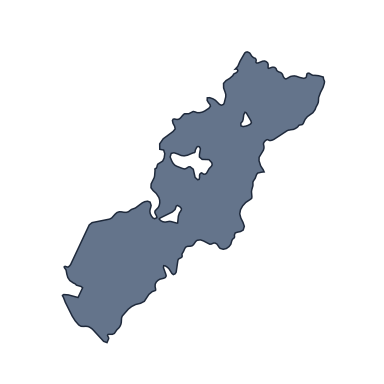 outline of Batken, rotated 315°
{"feature_id": "KGZ-1119", "entity_name": "Batken", "entity_type": "Region", "adm_level": 1, "iso_a3": "KGZ", "parent_name": "Kyrgyzstan", "parent_adm1": "", "projection": "equal_earth", "projection_center": [71.05, 39.853], "detail": "fine", "context": "isolated", "style": "filled", "palette": "slate", "viewbox_px": 384, "rotation_deg": 315, "n_neighbors": 0, "source": "natural_earth", "source_scale": "10m", "svg_char_len": 5401}
<svg xmlns="http://www.w3.org/2000/svg" viewBox="0 0 384 384"><g transform="rotate(315 192 192)"><path d="M308.7,139.1L310.2,138.7L310.8,137.3L310.2,136.2L309.5,135.7L313.3,135.5L318.4,133.5L327.6,131.0L329.2,131.3L330.3,132.2L331.1,134.4L330.9,135.7L330.3,138.2L330.4,139.7L330.6,140.8L331.3,142.3L331.0,143.6L330.3,144.5L329.3,145.1L328.8,145.7L329.0,146.6L330.0,147.5L334.4,149.4L335.9,150.6L336.6,152.0L336.8,154.1L336.1,155.6L333.9,157.7L333.5,158.2L333.7,158.9L337.0,160.5L338.0,161.5L338.6,162.5L338.7,163.9L338.5,164.8L337.9,165.7L337.9,166.8L338.2,168.2L339.2,170.3L339.3,171.7L339.1,173.0L338.5,174.1L338.0,175.5L337.8,176.6L337.9,177.6L338.3,178.4L339.4,178.9L342.1,179.6L343.6,180.1L345.3,181.3L346.5,182.3L347.6,183.9L349.2,187.2L351.4,190.7L353.1,191.6L354.2,191.5L356.1,190.2L357.0,189.7L358.1,190.0L358.8,190.8L359.5,193.7L360.0,195.0L361.4,196.4L363.7,199.2L366.1,203.5L364.8,205.3L364.2,206.9L363.8,207.6L363.2,208.1L362.2,208.8L358.6,210.7L353.4,212.4L348.4,214.7L345.6,217.2L344.5,218.0L342.9,218.7L339.6,219.7L337.2,220.8L333.5,221.4L326.9,220.3L323.6,220.6L322.0,221.1L319.7,222.0L318.6,222.3L317.5,222.2L315.5,220.8L314.7,220.4L313.1,220.7L311.6,220.6L309.3,220.0L307.9,219.4L305.7,217.7L304.8,217.2L304.2,216.6L302.5,215.9L287.1,212.7L285.5,212.1L284.0,211.2L283.2,210.4L282.6,208.6L281.8,207.9L280.3,207.6L278.5,207.7L277.1,208.1L276.3,208.8L275.2,210.5L274.0,211.8L272.1,212.9L264.0,214.9L261.5,217.3L259.2,221.7L258.9,222.6L258.1,226.5L257.2,228.8L255.4,227.3L251.9,225.1L250.0,225.3L246.4,227.0L243.4,227.6L242.4,227.9L241.6,228.5L240.2,230.0L239.4,230.7L235.8,232.7L234.3,233.8L231.0,237.7L229.9,238.6L228.6,238.6L222.6,237.4L218.1,237.6L213.8,238.8L210.3,241.2L208.1,245.0L206.6,249.5L204.7,253.3L201.3,255.1L198.4,254.3L195.8,252.6L193.6,251.5L191.6,252.4L190.3,253.9L189.4,254.3L188.5,254.1L186.9,254.2L185.7,254.6L182.5,256.4L179.6,256.8L176.4,256.3L173.6,254.6L172.0,251.7L172.1,250.0L172.5,248.2L172.8,246.3L172.2,244.4L171.2,243.4L168.7,242.4L167.6,241.4L165.5,234.7L164.1,231.8L161.5,229.8L159.7,229.6L155.8,230.3L154.0,230.1L152.7,229.3L150.3,227.2L148.9,226.6L147.1,226.8L143.7,228.1L141.9,228.5L140.9,228.9L140.3,229.6L139.8,230.3L139.1,230.8L138.1,230.8L135.9,230.1L134.8,229.9L133.5,230.5L124.1,237.5L122.2,237.9L120.4,237.2L120.2,235.3L121.4,230.3L121.4,228.0L120.9,225.4L119.9,224.1L118.3,225.3L115.3,231.7L114.4,233.1L112.7,233.6L111.0,233.0L107.5,230.9L105.4,230.4L103.1,230.4L100.9,231.1L99.1,232.7L97.5,235.1L96.6,235.8L93.4,234.3L89.1,233.9L81.0,235.6L76.9,234.3L72.6,231.7L68.4,230.3L64.2,229.8L55.0,230.4L53.2,231.2L49.7,234.3L47.9,235.4L45.9,236.1L44.0,236.4L41.6,236.3L37.1,237.1L35.0,236.3L32.4,233.7L31.8,233.3L30.8,233.7L30.4,234.6L30.2,235.7L29.5,236.7L25.4,238.4L23.9,235.1L24.6,218.6L24.2,216.0L23.5,213.8L22.0,211.9L20.2,210.3L18.6,208.5L17.9,205.9L18.3,200.5L19.5,195.2L24.4,180.5L26.4,176.0L26.9,174.6L27.0,173.8L27.3,173.5L28.8,173.8L31.8,177.3L36.8,186.0L46.9,182.4L46.8,180.5L44.4,176.1L44.5,175.1L44.4,174.2L44.2,173.4L43.8,172.6L43.0,168.2L43.7,164.7L45.4,161.6L47.6,158.4L47.9,157.5L48.3,155.1L48.8,154.5L49.7,154.8L50.8,156.9L51.4,157.5L53.1,157.7L54.8,157.5L96.1,142.6L99.7,143.0L114.6,152.9L116.9,153.6L122.1,153.3L124.5,153.5L126.7,154.6L128.2,156.3L129.5,158.2L131.2,160.0L133.1,161.0L136.8,161.5L140.7,163.3L149.1,164.5L151.7,165.4L154.1,167.1L155.2,169.5L153.6,172.6L151.9,173.7L150.2,174.6L148.6,175.8L147.2,177.7L146.3,180.3L146.0,182.7L146.7,184.5L149.0,185.3L149.9,184.1L150.8,181.1L151.5,179.9L152.7,179.2L157.2,179.1L159.4,178.3L161.5,176.9L163.3,175.0L164.7,172.5L165.7,167.8L165.5,163.5L166.0,160.0L168.8,157.4L175.5,155.1L176.9,154.2L181.0,150.7L181.7,149.9L182.0,149.5L182.6,149.5L183.1,149.7L183.5,150.0L185.4,149.2L186.2,148.6L187.5,148.1L193.1,149.4L196.3,148.3L199.9,145.6L201.6,142.3L199.4,139.0L203.2,135.1L209.3,134.0L221.4,135.8L224.7,135.5L226.2,133.2L227.1,130.1L228.7,127.6L230.2,127.2L231.3,128.0L232.2,129.5L233.3,130.7L234.8,131.4L236.5,131.5L239.7,131.2L241.9,131.3L245.1,134.4L249.8,135.9L250.8,137.5L251.7,139.5L253.6,141.4L255.8,142.8L258.2,143.7L263.1,144.7L265.7,144.4L266.6,142.9L266.8,140.5L267.5,137.9L269.4,136.2L271.2,137.8L272.7,140.9L273.4,143.7L273.4,149.3L274.1,151.4L276.2,152.3L277.6,151.9L283.1,148.6L284.8,147.0L285.9,145.1L287.9,140.8L291.1,137.5L294.9,137.3L299.0,138.3L303.1,138.6L304.4,138.2L305.0,138.1L305.8,138.3L307.0,138.8L308.7,139.1ZM222.2,165.9L221.4,165.8L221.0,165.6L220.7,165.2L214.8,162.8L212.0,160.9L210.2,158.6L208.7,154.9L207.0,151.5L204.6,150.0L201.3,151.8L199.5,156.1L198.9,158.5L198.8,160.8L199.4,163.0L202.0,168.8L203.1,170.5L204.5,171.2L207.3,171.8L208.5,172.8L209.0,176.8L204.5,183.9L204.7,187.4L206.0,188.1L207.5,187.2L208.9,185.7L210.1,184.9L212.1,185.0L212.6,186.2L212.8,187.7L214.1,188.8L215.6,189.0L220.6,187.6L224.1,187.5L225.5,187.0L226.7,185.3L226.9,181.1L222.2,176.1L222.0,172.5L223.7,170.8L228.5,167.4L229.2,165.3L228.4,164.0L227.1,163.7L224.5,164.5L223.9,164.8L222.7,165.7L222.2,165.9ZM151.2,187.9L149.7,187.9L149.6,190.0L150.3,192.3L151.7,194.3L155.3,196.8L156.3,198.1L159.3,203.3L159.9,203.8L165.3,199.4L168.3,197.9L171.7,197.2L172.8,196.2L173.0,193.7L172.2,191.2L170.9,190.8L167.6,192.4L163.9,192.2L151.2,187.9ZM281.4,185.3L283.0,185.0L284.0,183.3L286.3,174.5L285.9,173.1L283.3,173.9L279.5,176.8L277.7,177.7L275.1,177.9L273.4,179.9L274.4,181.9L276.7,183.5L278.7,184.5L281.4,185.3Z" fill="#64748b" stroke="#1e293b" stroke-width="1.5"/></g></svg>